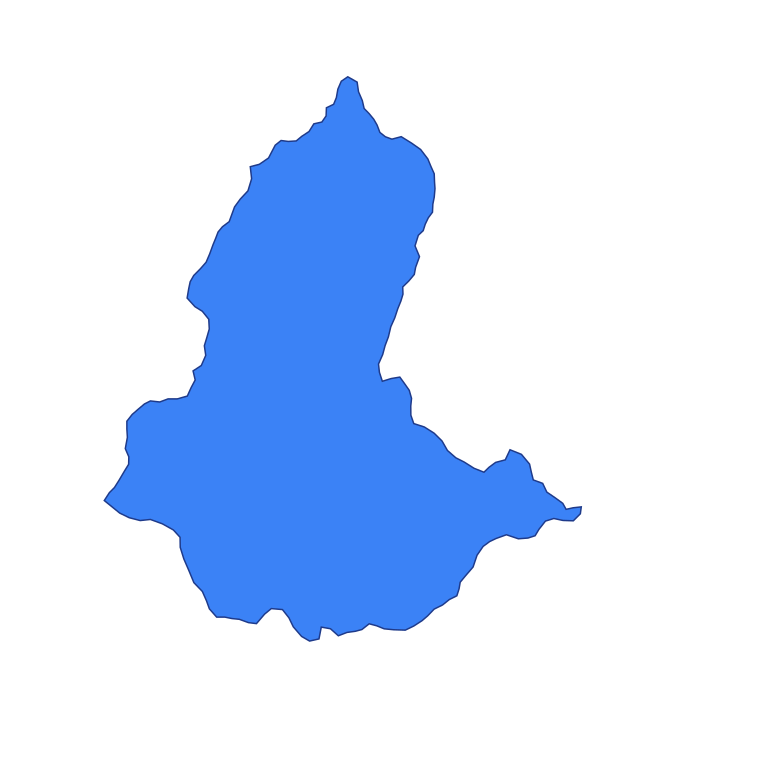 São Pedro da União, Minas Gerais, Brazil, rotated 110°
{"feature_id": "56859067B79679337847507", "entity_name": "São Pedro da União", "entity_type": "district", "adm_level": 2, "iso_a3": "BRA", "parent_name": "Brazil", "parent_adm1": "Minas Gerais", "projection": "albers", "projection_center": [-46.65, -21.105], "detail": "fine", "context": "isolated", "style": "filled", "palette": "blue", "viewbox_px": 768, "rotation_deg": 110, "n_neighbors": 0, "source": "geoboundaries", "source_scale": "gbopen_adm2", "svg_char_len": 2619}
<svg xmlns="http://www.w3.org/2000/svg" viewBox="0 0 768 768"><g transform="rotate(110 384 384)"><path d="M438.8,155.1L432.0,156.6L435.6,163.9L439.5,170.0L435.0,175.2L432.4,184.2L429.9,194.0L423.1,200.9L423.1,210.9L416.3,215.5L409.5,219.8L403.1,230.8L402.7,243.1L413.8,244.1L419.5,252.3L426.3,256.8L432.7,259.9L432.4,270.5L429.9,282.0L428.8,291.2L424.8,301.6L417.7,310.0L413.1,320.0L410.6,331.4L411.0,342.5L404.1,348.1L395.6,351.3L388.1,353.2L381.3,358.1L376.0,365.7L372.1,371.5L376.4,379.1L382.0,386.5L374.6,392.3L367.1,396.0L356.8,395.3L347.5,396.1L338.2,396.0L327.9,397.2L318.1,396.5L308.5,396.8L300.3,396.5L293.1,396.9L286.4,399.6L278.9,396.0L270.7,393.0L263.5,394.2L252.2,394.2L243.6,402.1L232.5,402.6L226.5,399.6L219.7,399.9L212.6,399.2L206.0,397.2L198.3,399.6L191.2,400.7L183.0,402.9L176.9,405.6L169.3,408.7L163.4,414.4L157.5,419.8L151.1,429.8L148.2,440.5L145.7,452.4L151.2,460.3L151.2,467.3L149.0,473.9L143.0,479.1L138.7,484.2L135.1,490.3L131.9,496.9L125.1,501.3L118.1,507.9L109.5,512.5L107.7,523.1L114.1,527.7L122.7,528.2L131.2,526.7L138.4,527.0L144.1,532.6L151.9,530.1L159.1,532.0L163.5,538.9L172.4,540.8L179.4,546.0L185.6,549.6L188.8,556.9L190.4,564.0L196.8,567.9L211.1,569.8L220.2,576.3L225.5,584.0L236.4,578.6L249.0,577.9L259.4,582.3L268.7,585.0L276.8,585.0L284.4,585.0L291.5,589.6L297.9,591.9L304.6,592.0L311.8,592.3L321.4,592.3L330.4,592.8L338.6,596.0L347.1,599.9L354.2,601.1L361.3,600.1L370.6,598.4L376.0,588.1L377.8,579.6L383.1,570.8L392.1,567.0L400.6,566.4L409.5,565.9L418.1,561.3L429.1,562.0L437.0,567.9L444.8,562.8L453.4,564.0L462.6,564.7L468.7,573.2L471.9,581.9L477.6,588.6L479.8,597.7L484.7,602.3L491.5,606.2L498.7,610.2L506.9,612.9L514.3,610.2L521.9,606.9L533.2,605.0L539.7,598.9L546.8,596.5L554.6,598.1L565.3,600.1L573.5,601.9L580.0,604.9L589.2,607.0L592.5,597.4L595.7,588.2L596.8,577.7L595.7,566.4L591.2,557.2L591.2,544.5L593.2,532.0L597.8,523.2L607.2,519.6L616.8,512.3L626.1,503.5L635.7,494.7L641.1,483.7L648.5,476.6L655.0,471.2L660.3,461.5L657.5,453.9L656.4,446.6L654.6,439.5L654.6,429.8L652.8,421.9L641.1,417.5L633.6,413.1L630.7,402.3L636.2,393.4L643.2,386.2L649.4,375.1L651.0,366.0L645.8,357.9L633.9,359.8L632.3,350.6L636.2,340.8L630.1,333.8L626.2,326.4L622.3,320.8L614.4,315.9L613.7,308.1L614.0,300.1L611.6,290.8L608.0,279.8L601.2,273.2L593.4,267.3L587.0,263.7L578.4,259.9L571.6,253.4L564.2,248.9L558.1,243.1L550.8,243.4L544.2,244.6L536.6,241.9L525.5,237.7L513.1,238.0L502.7,235.3L495.9,230.8L490.9,225.9L483.8,217.4L483.5,204.8L479.5,196.0L474.9,190.1L467.6,188.7L457.6,185.4L452.3,178.4L451.0,169.1L447.8,159.3L438.8,155.1Z" fill="#3b82f6" stroke="#1e3a8a" stroke-width="1.5"/></g></svg>